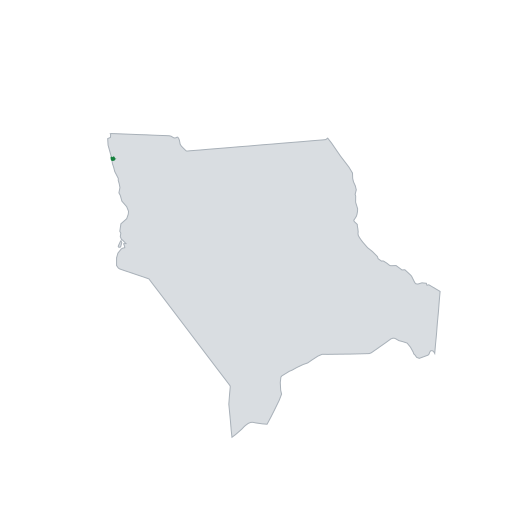 Likoni, Coast, Kenya shown in context, rotated 143°
{"feature_id": "3690345B67191049823154", "entity_name": "Likoni", "entity_type": "district", "adm_level": 2, "iso_a3": "KEN", "parent_name": "Kenya", "parent_adm1": "Coast", "projection": "robinson", "projection_center": [39.624, -4.1], "detail": "fine", "context": "in_parent", "style": "filled", "palette": "green", "viewbox_px": 512, "rotation_deg": 143, "n_neighbors": 0, "source": "geoboundaries", "source_scale": "gbopen_adm2", "svg_char_len": 3899}
<svg xmlns="http://www.w3.org/2000/svg" viewBox="0 0 512 512"><g transform="rotate(143 256 256)"><path d="M127.8,307.0L127.7,300.8L128.4,285.0L128.3,271.2L129.0,264.2L132.1,259.8L133.5,256.6L134.5,252.2L136.1,248.5L139.7,245.6L140.3,243.9L144.1,239.0L146.4,232.6L148.1,230.5L150.3,228.5L151.8,227.4L154.3,226.4L156.2,225.8L156.6,225.3L156.8,224.2L156.1,220.3L157.0,219.0L158.3,216.4L159.8,213.9L161.2,212.3L162.0,210.7L162.3,208.0L162.4,206.0L162.4,202.8L161.9,195.5L160.3,189.4L159.4,182.5L160.1,180.3L158.8,176.3L158.2,176.1L157.2,175.2L155.8,171.4L154.9,168.0L154.2,167.1L149.9,164.1L147.8,157.0L145.4,155.4L144.1,148.3L143.9,146.3L145.2,139.3L145.1,137.7L143.7,136.2L139.6,134.7L136.4,131.7L136.8,130.7L137.0,129.7L135.3,129.0L130.3,116.9L136.8,109.7L143.3,102.3L151.7,93.1L159.3,84.5L166.0,77.2L171.9,70.6L171.7,71.9L171.8,73.5L172.5,74.6L173.7,75.2L175.4,74.5L176.9,73.5L178.3,73.3L187.2,76.0L188.7,78.4L188.6,81.0L188.9,82.8L188.3,84.7L187.5,90.3L187.7,95.5L190.4,99.4L192.8,102.4L194.6,106.6L196.0,107.9L198.0,108.6L204.1,108.7L213.1,109.0L221.8,109.3L222.6,109.4L224.4,110.0L232.4,115.7L239.7,120.9L245.9,125.5L251.9,129.9L257.8,134.2L262.3,137.7L266.8,138.8L274.1,139.3L279.1,139.5L283.7,141.0L290.6,142.4L295.8,143.1L298.9,143.9L307.6,144.7L309.0,144.3L312.8,140.3L317.1,133.9L318.7,130.3L324.3,126.8L333.9,121.9L340.8,118.5L348.4,115.0L351.8,118.0L356.6,122.8L358.7,125.2L360.4,126.3L363.0,127.0L366.2,127.0L367.9,126.9L371.4,126.3L379.6,125.7L384.3,125.7L380.4,132.2L375.6,139.8L366.9,154.0L360.3,161.5L355.2,167.1L354.8,168.1L354.8,174.4L354.9,189.7L355.0,220.4L355.1,251.1L355.2,281.7L355.3,297.1L355.3,302.2L359.7,308.7L364.0,315.0L369.7,323.3L372.7,327.8L373.2,329.3L373.1,332.3L368.4,338.5L364.5,341.4L359.4,342.7L357.8,342.5L355.8,341.6L355.0,343.1L354.4,345.4L353.3,344.9L352.4,344.2L352.9,348.4L353.4,350.4L352.7,353.2L350.2,355.6L349.9,357.7L344.5,363.0L336.8,363.6L332.8,366.3L330.9,368.4L329.6,373.2L330.1,380.5L327.9,386.1L327.5,388.9L323.5,392.5L321.8,395.9L320.5,399.3L319.3,400.8L318.0,408.4L316.1,413.0L315.6,414.5L315.2,415.9L313.7,418.7L312.8,420.5L312.1,421.7L307.4,433.6L303.8,439.0L300.9,438.3L299.0,440.4L298.8,441.4L297.8,440.8L295.4,438.9L290.5,434.9L285.5,430.8L280.6,426.8L275.7,422.8L270.7,418.8L265.8,414.7L260.9,410.7L255.9,406.7L253.0,404.3L251.8,402.9L250.7,400.2L250.3,399.5L248.9,398.6L247.4,398.4L247.0,397.9L247.0,396.5L247.5,394.6L249.3,390.9L249.5,388.7L249.2,386.3L248.6,382.3L248.1,381.4L244.8,379.4L238.0,375.0L231.1,370.7L224.3,366.4L217.4,362.0L210.6,357.7L203.7,353.4L196.9,349.0L190.0,344.7L183.1,340.4L176.3,336.0L169.4,331.7L162.6,327.4L155.7,323.0L148.9,318.7L142.0,314.4L135.1,310.0L132.6,308.4L130.2,307.0L127.8,307.0ZM355.8,349.1L354.6,349.5L355.2,347.4L358.7,344.7L360.1,345.3L360.4,345.9L360.3,346.5L359.7,347.0L355.8,349.1Z" fill="#d9dde1" stroke="#a8b0b8" stroke-width="1"/><path d="M312.3,421.7L312.5,421.5L312.5,421.4L312.6,421.2L312.7,420.9L312.7,420.7L312.8,420.7L312.9,420.4L313.0,420.4L313.0,420.2L313.1,419.9L313.2,419.7L313.3,419.7L313.3,419.4L313.3,419.2L313.2,419.1L312.9,419.1L312.8,418.9L312.7,418.9L312.5,419.0L312.4,419.1L312.5,418.9L312.4,418.8L312.4,418.7L312.3,418.4L312.2,418.3L312.2,418.2L312.1,417.9L312.1,418.0L312.1,418.3L311.9,418.4L311.7,418.4L311.4,418.4L311.5,418.4L311.6,418.5L311.4,418.5L311.3,418.4L311.2,418.4L311.1,418.5L311.1,418.4L310.9,418.5L310.7,418.5L310.8,418.6L310.7,418.7L310.7,418.8L310.5,419.0L310.5,419.3L310.4,419.4L310.5,419.5L310.6,419.8L310.7,420.0L310.4,420.2L310.4,420.3L310.2,420.4L310.2,420.5L310.3,420.5L310.4,420.4L310.4,420.5L310.5,420.5L310.6,420.4L310.8,420.3L310.9,420.2L311.0,420.1L310.9,420.0L310.9,419.9L311.0,419.7L311.2,419.4L311.3,419.5L311.5,419.8L311.7,420.0L311.8,420.1L311.9,420.3L312.0,420.4L312.0,420.5L312.0,420.8L312.0,421.0L311.9,421.0L311.8,421.3L311.9,421.5L312.0,421.5L312.3,421.7L312.3,421.7Z" fill="#22c55e" stroke="#15803d" stroke-width="1.5"/></g></svg>